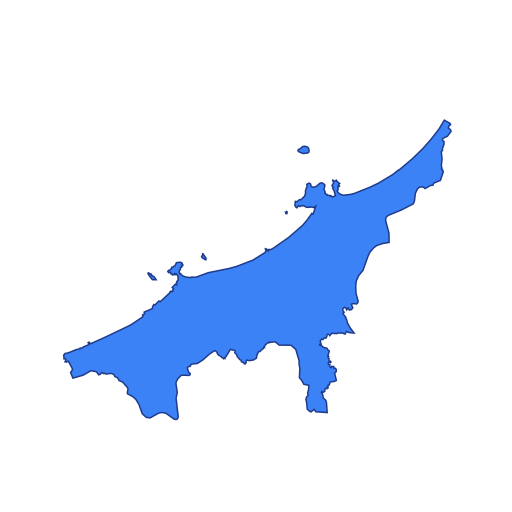 Laem Sing, Chanthaburi, Thailand (Albers equal-area conic projection), rotated 108°
{"feature_id": "78962969B29743694445242", "entity_name": "Laem Sing", "entity_type": "district", "adm_level": 2, "iso_a3": "THA", "parent_name": "Thailand", "parent_adm1": "Chanthaburi", "projection": "albers", "projection_center": [102.119, 12.455], "detail": "fine", "context": "isolated", "style": "filled", "palette": "blue", "viewbox_px": 512, "rotation_deg": 108, "n_neighbors": 0, "source": "geoboundaries", "source_scale": "gbopen_adm2", "svg_char_len": 6144}
<svg xmlns="http://www.w3.org/2000/svg" viewBox="0 0 512 512"><g transform="rotate(108 256 256)"><path d="M387.3,155.5L383.9,153.3L385.7,151.0L382.9,139.9L373.2,143.9L371.6,145.2L370.2,148.2L367.2,149.7L365.6,151.7L364.4,151.5L365.1,150.3L363.6,148.8L361.0,149.3L360.3,148.6L360.3,147.5L358.8,147.7L358.9,146.8L356.6,147.6L356.0,146.5L352.9,146.5L351.1,142.7L349.5,141.1L343.3,145.0L341.3,144.0L339.1,144.5L338.2,145.9L338.6,147.5L337.1,147.9L337.5,149.8L338.9,150.0L339.0,150.8L337.5,152.1L336.6,152.1L336.7,153.0L335.9,154.2L334.5,153.9L334.4,152.2L333.9,151.9L333.0,152.6L333.5,153.8L332.1,154.8L330.9,154.8L330.6,155.8L329.8,156.4L329.2,156.5L328.9,156.0L328.1,156.9L323.7,156.9L323.3,158.3L321.8,160.1L322.1,163.9L321.2,165.1L321.1,168.0L320.4,168.2L319.8,166.8L316.7,168.8L314.6,167.7L314.9,166.6L312.8,165.9L312.6,164.2L310.8,163.7L310.1,164.1L308.2,163.7L308.3,161.7L308.9,161.2L306.1,160.0L304.8,155.0L303.4,153.8L303.4,151.9L302.6,150.7L302.7,147.1L299.8,146.6L300.1,143.8L299.0,138.9L295.0,144.5L291.2,148.5L288.5,150.1L287.4,151.6L286.7,151.5L283.8,155.6L282.3,154.8L280.7,156.8L279.7,157.1L278.4,156.7L277.4,155.7L277.6,154.5L279.2,153.1L277.0,152.4L277.1,151.8L278.6,150.6L277.4,148.6L275.4,147.9L272.8,150.1L272.1,150.2L271.3,149.0L270.5,145.5L268.9,144.7L267.2,145.0L260.7,149.3L253.6,151.9L248.7,152.9L243.0,152.3L236.6,149.8L221.7,149.4L217.1,148.8L211.9,146.6L208.7,144.4L204.9,139.3L202.0,133.6L193.4,136.5L182.2,143.7L179.3,144.3L176.7,143.0L167.6,132.3L157.8,122.5L154.9,122.3L147.0,123.8L142.6,123.2L140.6,122.4L139.0,120.0L138.9,117.9L139.6,116.0L135.1,112.0L134.1,109.7L131.7,109.4L127.1,104.0L118.0,103.9L117.2,104.9L116.6,104.9L116.0,106.5L115.1,106.2L112.8,107.7L106.6,108.9L99.5,112.0L97.9,111.2L96.5,111.9L91.7,111.7L89.0,112.6L88.3,114.3L87.6,114.8L86.2,114.4L83.0,111.0L77.2,109.0L75.8,109.9L74.9,112.6L73.1,112.8L70.9,111.6L70.4,112.6L69.9,112.5L68.6,118.9L78.7,121.2L91.1,125.7L102.5,130.6L115.3,137.4L130.4,146.8L130.3,147.2L136.1,151.0L148.8,162.0L155.2,168.7L166.2,181.9L168.4,185.5L171.3,191.9L171.0,196.1L169.3,198.9L167.4,198.4L165.1,199.5L163.5,197.7L163.9,199.3L163.1,199.1L162.5,199.6L161.2,198.8L160.2,201.7L159.1,203.1L160.1,203.7L160.7,205.2L159.7,206.9L162.6,204.7L165.1,205.5L166.0,205.2L166.6,203.9L168.0,204.0L169.4,202.2L174.0,199.1L176.3,201.4L175.5,203.3L176.0,203.4L175.7,205.0L176.2,207.0L175.4,207.7L175.7,208.3L175.0,209.8L174.1,209.8L171.4,212.0L167.7,212.2L166.9,212.8L166.0,215.4L166.3,216.6L167.3,217.9L171.2,220.2L172.9,222.5L172.8,225.0L170.6,226.4L170.3,227.4L170.4,228.3L172.2,229.9L173.4,229.0L178.7,229.1L181.3,228.2L184.3,228.4L188.7,230.7L188.9,231.9L189.8,232.7L191.5,233.5L191.9,235.5L195.8,234.7L197.3,233.0L197.5,231.9L195.2,231.2L195.3,229.4L194.3,228.9L194.0,227.2L193.4,226.5L194.1,223.0L193.0,219.9L192.5,219.8L192.1,216.1L191.5,216.0L191.3,215.3L190.3,214.6L198.5,214.6L198.1,216.0L206.5,218.7L212.5,221.2L228.0,230.5L243.4,242.1L245.8,244.5L245.6,245.6L246.1,246.1L247.3,245.9L246.1,248.2L246.5,248.3L246.4,249.2L248.5,247.9L250.3,248.8L260.9,257.7L271.7,271.0L276.1,277.6L286.7,296.4L294.6,306.4L296.2,311.2L296.7,311.3L297.7,316.2L297.5,319.7L296.8,321.5L296.0,322.2L296.5,322.7L295.4,323.9L294.0,324.3L292.1,323.8L290.4,324.2L289.7,323.3L288.2,323.9L288.0,322.8L287.1,322.7L286.8,323.5L285.7,323.9L285.2,325.9L286.9,329.6L290.6,330.1L291.4,331.2L293.0,332.1L292.9,332.7L294.1,332.6L295.8,333.4L296.8,334.8L298.0,335.1L298.8,334.0L298.0,333.0L298.1,332.3L299.2,331.8L299.2,329.9L299.8,329.7L299.0,328.0L297.9,328.1L297.9,327.7L298.8,327.4L298.6,326.7L297.7,327.0L297.5,326.7L298.4,324.9L300.0,323.6L302.8,322.7L305.2,323.5L305.5,323.0L306.9,323.4L307.8,322.6L307.8,324.0L311.8,326.0L312.7,324.3L313.6,324.7L314.3,324.1L316.0,324.8L315.6,325.9L316.9,326.8L317.4,326.5L329.1,333.0L328.7,334.4L333.8,337.0L333.7,338.2L336.2,338.7L338.0,338.3L343.9,345.0L345.4,344.1L347.2,345.7L348.1,344.9L349.0,345.0L360.2,353.8L379.5,374.0L390.6,386.2L389.5,388.2L390.4,388.9L391.3,387.5L392.1,387.8L396.0,392.2L397.5,393.2L397.9,394.7L398.4,394.5L400.7,398.2L405.2,403.5L407.0,405.9L407.4,407.2L408.9,408.1L410.8,408.0L411.9,407.1L413.1,407.0L412.8,405.0L414.2,404.6L415.6,405.0L415.5,403.5L414.0,402.0L420.1,395.6L422.4,395.7L424.0,396.4L428.7,392.4L422.8,383.6L416.1,377.5L415.4,371.9L417.6,369.0L416.8,367.7L414.3,366.5L415.0,364.8L414.3,364.0L414.7,362.4L412.3,357.2L412.7,354.4L414.2,353.1L414.7,349.8L416.8,347.7L417.1,343.8L421.0,337.4L422.2,336.6L425.7,336.2L426.8,335.5L427.7,330.1L429.4,326.1L433.2,321.6L441.2,315.4L443.4,310.5L442.7,306.7L435.7,300.2L434.6,298.6L433.8,296.4L433.4,293.1L436.4,283.7L436.3,281.6L435.1,280.3L432.9,280.3L416.1,288.0L410.1,288.7L402.1,292.7L399.9,293.0L396.4,292.2L392.7,290.3L392.0,289.0L390.4,283.1L389.3,282.0L388.1,282.2L387.3,284.2L383.6,286.8L382.5,286.6L381.3,284.5L380.3,284.6L378.6,283.6L376.3,278.5L370.9,274.2L363.9,270.1L359.3,266.6L358.7,265.7L359.7,263.1L361.0,262.5L362.0,260.6L362.3,258.4L363.3,256.7L363.2,255.5L363.7,255.1L362.8,254.3L363.0,253.9L361.8,254.1L360.9,253.4L352.8,251.5L352.4,247.1L353.0,246.3L354.6,246.3L355.5,244.4L357.6,242.5L359.5,239.4L359.8,237.9L361.1,237.1L361.3,234.5L362.1,234.0L362.0,232.9L360.5,232.4L358.8,233.0L357.8,232.5L357.6,230.1L355.7,226.3L353.0,224.0L350.5,224.5L346.1,224.0L345.7,222.7L343.2,221.6L342.1,220.6L340.7,220.4L340.5,219.7L339.8,220.2L337.3,219.4L335.1,218.2L334.6,216.9L333.8,217.0L334.0,216.3L331.9,211.9L332.0,210.3L333.6,206.4L330.0,195.1L332.7,189.2L342.7,182.4L345.2,181.8L349.3,179.6L358.4,177.1L360.0,174.3L363.2,170.9L362.7,165.7L367.2,164.7L370.3,164.6L372.7,163.3L374.5,164.4L377.0,164.2L380.5,162.2L385.8,160.0L387.1,157.1L387.3,155.5ZM142.6,248.7L143.4,248.1L143.7,247.1L144.0,242.9L142.0,238.6L141.0,237.9L139.4,238.0L137.3,239.3L136.5,240.6L136.5,243.5L137.6,245.6L140.3,247.0L141.6,248.6L142.6,248.7ZM307.3,352.0L310.6,347.2L309.4,343.6L307.1,346.7L306.6,349.6L305.7,349.8L305.3,353.3L306.0,353.3L307.3,352.0ZM274.2,306.9L275.2,303.1L274.9,302.4L273.5,302.9L269.8,307.7L271.2,307.0L273.3,307.6L274.2,306.9ZM206.3,239.8L204.5,239.9L204.2,240.6L205.4,240.9L205.4,241.4L206.5,240.6L206.3,239.8Z" fill="#3b82f6" stroke="#1e3a8a" stroke-width="1.5"/></g></svg>